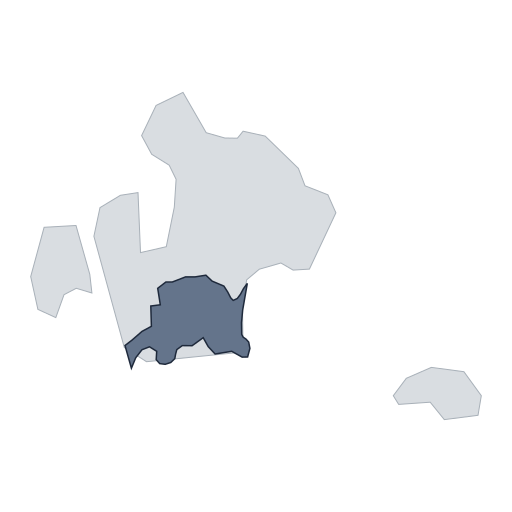 where Jomala sits in Aland
{"feature_id": "ALD-4810", "entity_name": "Jomala", "entity_type": "state/province", "adm_level": 1, "iso_a3": "ALA", "parent_name": "Aland", "parent_adm1": "", "projection": "mercator", "projection_center": [19.918, 60.13], "detail": "fine", "context": "in_parent", "style": "filled", "palette": "slate", "viewbox_px": 512, "rotation_deg": 0, "n_neighbors": 0, "source": "natural_earth", "source_scale": "10m", "svg_char_len": 1396}
<svg xmlns="http://www.w3.org/2000/svg" viewBox="0 0 512 512"><path d="M224.8,138.0L237.4,138.2L243.1,131.2L265.2,136.1L298.4,168.4L305.0,185.8L327.9,194.8L335.9,212.8L309.4,269.1L293.1,270.1L280.9,263.0L259.3,269.2L246.7,279.8L242.4,303.2L243.1,352.0L146.5,361.7L124.3,347.5L93.9,236.3L100.0,207.6L120.4,195.3L138.0,192.6L140.5,252.6L166.3,246.7L174.3,207.2L176.1,179.3L169.2,165.2L151.7,154.3L141.6,135.6L156.1,105.4L183.0,92.4L206.2,132.7L224.8,138.0ZM89.8,274.4L91.9,293.0L76.2,288.3L64.0,294.7L55.8,317.6L37.9,309.4L30.7,276.6L44.1,227.3L76.0,225.5L89.8,274.4ZM481.3,395.7L478.0,415.3L444.3,419.6L430.2,402.2L398.7,404.4L393.3,395.7L406.3,378.3L431.3,367.4L463.9,371.7L481.3,395.7Z" fill="#d9dde1" stroke="#a8b0b8" stroke-width="1"/><path d="M192.1,345.7L182.3,345.6L176.8,349.6L175.6,354.1L174.8,358.6L170.8,362.5L165.2,364.3L159.7,363.6L156.2,359.6L156.7,351.3L149.5,346.8L142.0,349.7L135.7,357.8L131.4,368.2L125.0,345.5L131.9,340.2L142.0,331.4L151.4,326.3L150.8,306.0L160.3,304.8L157.7,288.3L165.9,282.0L172.3,282.0L185.5,276.9L195.0,276.9L205.9,275.2L212.1,281.1L223.9,286.1L227.7,292.0L230.7,297.8L233.2,300.4L237.3,298.5L240.5,294.2L243.5,288.6L247.3,283.4L242.7,309.9L241.5,322.6L241.7,334.4L243.2,337.2L246.0,339.1L248.7,342.1L249.9,348.4L247.6,357.0L242.1,357.1L231.7,351.3L215.1,354.0L208.2,346.6L203.2,337.7L192.1,345.7Z" fill="#64748b" stroke="#1e293b" stroke-width="1.5"/></svg>